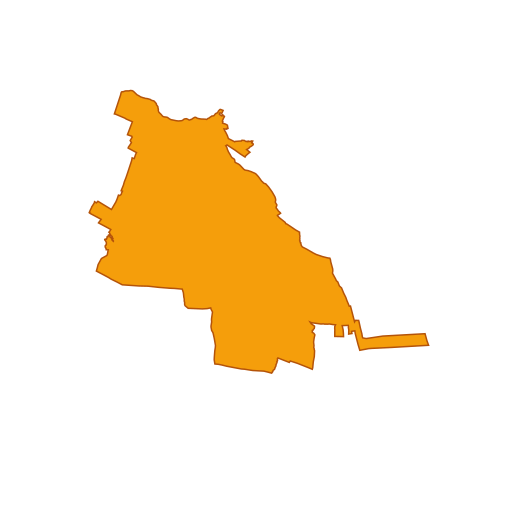 Malusteni, Vaslui, Romania (Natural Earth projection), rotated 27°
{"feature_id": "2599482B23513240550687", "entity_name": "Malusteni", "entity_type": "district", "adm_level": 2, "iso_a3": "ROU", "parent_name": "Romania", "parent_adm1": "Vaslui", "projection": "natural_earth1", "projection_center": [27.912, 46.177], "detail": "fine", "context": "isolated", "style": "filled", "palette": "amber", "viewbox_px": 512, "rotation_deg": 27, "n_neighbors": 0, "source": "geoboundaries", "source_scale": "gbopen_adm2", "svg_char_len": 6035}
<svg xmlns="http://www.w3.org/2000/svg" viewBox="0 0 512 512"><g transform="rotate(27 256 256)"><path d="M450.3,257.2L446.7,253.8L441.9,248.5L405.3,269.8L391.7,279.5L388.4,280.5L387.5,279.8L385.6,277.2L381.7,272.8L377.7,267.9L376.7,266.8L373.8,268.2L373.7,269.9L362.9,257.7L361.9,258.4L360.3,257.0L357.2,254.4L354.8,252.1L351.0,249.3L346.7,245.6L344.1,244.9L343.5,244.5L340.7,242.0L338.8,241.5L337.6,240.5L332.2,236.8L331.9,236.5L331.2,234.4L330.2,232.7L325.2,227.2L324.1,225.6L322.8,224.4L320.9,225.1L315.7,226.3L309.0,227.3L305.5,227.3L298.2,226.9L293.2,226.9L291.5,226.0L290.5,224.7L289.8,224.3L289.9,223.9L289.1,223.6L288.4,223.0L288.3,222.4L287.6,222.0L287.4,221.0L286.6,219.7L286.1,218.3L285.0,217.0L284.9,216.5L284.4,216.0L284.0,215.0L279.5,214.8L269.0,213.5L267.7,213.7L267.1,213.0L266.3,212.7L259.4,211.3L256.7,210.3L256.6,210.0L256.7,209.8L257.8,208.1L258.5,206.7L257.6,206.3L255.4,205.7L253.7,204.7L252.4,204.2L251.7,203.3L251.7,201.8L251.3,200.9L249.9,200.1L248.9,199.4L248.5,198.6L248.4,197.9L248.1,197.1L247.3,196.0L245.9,194.6L241.3,191.6L235.9,188.8L232.0,187.3L229.6,187.6L228.3,187.0L227.2,186.8L222.3,184.3L220.6,183.6L218.6,182.9L217.3,182.8L214.6,183.0L213.7,183.0L210.2,183.5L207.3,184.4L205.9,184.3L201.2,182.6L199.9,182.2L198.0,182.0L196.1,182.1L194.5,181.8L193.9,180.8L193.1,179.8L192.3,179.5L190.0,179.3L188.6,178.6L187.1,177.5L184.3,175.8L182.1,174.0L180.8,172.6L179.5,171.7L179.0,171.5L179.8,170.2L189.2,171.2L195.6,172.2L201.3,172.8L201.4,171.3L202.7,168.0L203.5,166.3L199.3,165.4L200.7,163.3L201.0,161.7L201.6,161.0L202.8,158.8L202.9,158.1L202.8,157.6L202.2,157.2L200.7,157.2L200.4,156.1L200.9,155.9L200.9,155.1L199.7,155.5L199.2,156.2L198.2,156.9L196.8,157.8L196.8,157.3L194.8,158.6L193.3,158.3L191.3,159.1L190.8,159.4L190.8,160.1L185.5,163.3L185.2,163.9L178.1,163.9L175.8,161.7L172.7,159.4L171.3,158.6L169.8,157.3L172.3,156.3L172.0,155.7L173.1,155.0L171.1,152.4L169.0,152.3L165.9,152.8L165.4,151.2L164.9,151.2L164.6,150.0L164.6,148.7L164.5,147.9L164.6,146.7L164.5,145.9L164.2,145.8L162.6,146.0L162.6,145.4L161.9,145.4L161.7,145.5L161.8,146.7L161.1,146.7L159.1,146.4L158.8,146.0L158.9,144.8L160.4,144.5L160.8,144.2L160.6,141.2L157.8,141.5L157.3,141.9L156.7,143.9L156.7,145.6L156.0,146.7L155.3,147.5L154.8,150.1L153.9,150.9L153.2,151.2L152.6,152.4L152.3,152.7L151.6,154.3L150.7,155.3L150.1,156.7L148.7,157.1L144.8,158.9L142.8,159.5L141.4,159.9L139.3,159.8L138.3,160.4L137.1,162.3L136.7,163.2L136.2,163.9L135.6,164.2L135.3,164.9L134.5,165.2L132.9,165.1L131.5,165.3L131.1,165.6L129.9,166.5L129.6,167.0L128.9,168.6L128.0,169.4L125.6,170.9L123.4,171.7L118.3,173.1L116.8,173.1L114.2,172.7L112.9,173.0L111.1,173.7L109.9,173.9L109.2,173.8L107.1,172.9L104.5,172.1L103.8,171.7L102.8,170.6L102.4,169.6L101.3,168.4L101.0,167.7L100.1,167.1L99.0,166.6L98.6,166.4L98.2,165.7L97.6,165.3L95.4,164.4L94.6,164.2L92.3,164.7L90.7,164.5L87.7,165.1L85.5,165.9L84.8,165.9L83.7,166.2L81.0,166.6L78.7,166.4L76.9,166.4L72.0,164.9L70.6,164.9L69.0,165.5L67.8,166.6L64.7,168.2L63.2,169.8L61.8,170.7L61.7,171.1L61.7,171.8L62.3,174.3L65.3,193.7L66.5,193.4L76.8,192.7L77.9,192.9L84.9,192.5L86.4,206.3L90.9,205.7L91.7,206.3L91.5,210.3L93.5,211.5L93.2,214.9L93.0,215.9L92.9,217.2L93.1,217.9L102.6,218.1L102.6,220.1L103.3,224.5L101.1,224.8L101.9,227.6L103.9,240.4L104.6,245.3L105.0,249.6L105.7,253.1L106.2,259.1L107.6,258.9L107.6,261.0L107.9,262.0L107.8,262.7L107.1,264.0L105.8,264.2L106.4,268.5L106.6,271.5L106.1,280.2L90.3,279.0L89.7,281.1L87.5,280.9L87.8,282.2L87.4,286.5L87.3,286.9L87.5,287.7L87.5,290.2L87.7,293.0L88.6,293.0L88.5,293.3L89.4,293.4L101.4,293.6L100.6,297.9L100.6,298.0L114.6,298.3L114.5,299.9L114.1,301.6L115.1,301.9L115.6,302.5L117.8,303.7L118.9,303.9L119.1,304.1L119.1,304.4L119.3,304.7L120.4,305.2L119.9,305.8L120.0,306.0L122.2,307.4L122.2,307.7L120.4,307.1L120.0,306.5L119.5,306.3L118.7,305.5L118.0,305.4L117.6,305.5L115.9,304.1L115.4,304.0L115.1,304.3L115.5,305.0L115.3,305.6L115.3,305.9L114.3,305.7L114.6,305.9L114.6,306.5L115.0,307.3L114.9,308.0L115.2,308.4L115.1,309.0L114.5,309.5L114.2,309.7L113.9,309.5L113.7,309.9L113.8,310.2L115.7,311.2L116.6,312.0L117.4,313.6L117.4,313.9L117.2,314.4L117.4,314.6L117.1,315.1L117.0,315.5L117.6,316.5L118.1,316.9L118.6,317.0L118.9,317.5L119.3,317.6L119.7,318.4L121.5,317.5L122.9,322.3L122.8,323.4L119.6,328.1L119.4,328.6L119.2,335.3L120.0,338.8L120.6,341.9L134.4,342.1L137.3,342.4L144.3,342.3L149.9,342.4L165.6,335.7L173.5,331.9L183.8,328.0L193.7,323.9L198.1,321.9L205.3,319.0L207.9,321.6L210.3,325.3L211.6,326.9L212.5,328.7L213.5,329.8L214.5,331.7L215.4,332.5L219.3,333.4L232.2,327.5L236.3,325.1L239.2,322.8L240.2,323.9L242.5,325.5L242.8,326.0L244.7,331.6L245.4,333.2L246.4,334.8L247.7,338.8L248.3,339.9L250.3,342.5L252.4,343.8L253.1,344.6L256.1,348.2L260.5,354.1L261.4,356.3L262.3,359.1L264.8,365.1L265.9,367.5L268.4,370.9L271.6,369.6L275.2,368.6L280.0,367.5L294.3,363.3L297.1,362.1L305.1,359.5L315.3,355.0L319.6,354.0L323.1,353.3L323.2,353.1L323.1,352.5L323.4,352.0L323.2,351.5L323.4,351.0L323.2,350.4L323.2,350.1L323.6,349.1L323.8,349.0L324.0,347.9L323.6,347.2L323.7,345.5L323.5,344.4L323.1,343.8L323.2,343.0L323.1,342.6L323.1,342.3L323.0,341.2L322.5,340.7L322.7,340.0L322.5,339.8L322.6,339.2L322.4,338.8L321.7,338.0L321.8,336.9L334.0,335.7L334.2,334.0L341.8,332.8L353.5,331.7L357.6,331.4L357.3,329.9L356.6,328.1L355.1,324.3L353.6,319.1L351.2,313.8L350.1,312.6L349.8,312.0L349.0,311.3L348.4,309.6L346.6,306.9L346.1,305.8L345.0,302.5L344.3,299.7L344.1,299.4L342.6,298.6L340.7,298.4L340.4,297.5L340.1,297.2L340.0,296.8L340.4,296.5L340.5,296.1L340.4,295.5L340.8,294.1L340.3,292.5L339.9,291.9L335.9,291.3L334.2,290.3L335.8,290.2L344.8,287.1L346.8,285.9L348.5,285.4L349.3,284.8L350.1,284.6L352.4,283.2L355.6,282.2L358.1,281.2L358.2,283.1L359.1,285.0L359.8,286.0L360.4,287.4L362.7,291.9L370.6,288.1L369.1,285.4L367.2,282.3L364.4,278.9L369.7,275.9L370.2,276.5L370.7,277.7L372.3,279.9L374.0,283.5L376.7,281.5L375.3,279.8L378.0,277.8L379.6,280.0L387.0,288.4L391.3,292.9L398.4,287.4L401.0,285.8L418.5,275.8L450.3,257.2Z" fill="#f59e0b" stroke="#b45309" stroke-width="1.5"/></g></svg>